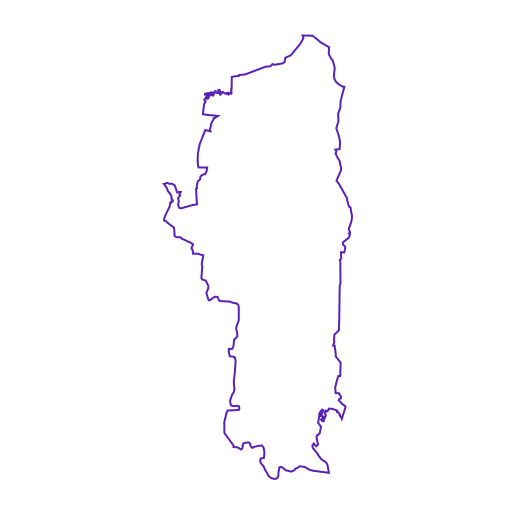 the district of As-Suqaylabiyah, Hamah, Syria, rotated 182°
{"feature_id": "27442178B45767266881892", "entity_name": "As-Suqaylabiyah", "entity_type": "district", "adm_level": 2, "iso_a3": "SYR", "parent_name": "Syria", "parent_adm1": "Hamah", "projection": "equal_earth", "projection_center": [36.361, 35.476], "detail": "fine", "context": "isolated", "style": "outline", "palette": "violet", "viewbox_px": 512, "rotation_deg": 182, "n_neighbors": 0, "source": "geoboundaries", "source_scale": "gbopen_adm2", "svg_char_len": 6012}
<svg xmlns="http://www.w3.org/2000/svg" viewBox="0 0 512 512"><g transform="rotate(182 256 256)"><path d="M271.8,64.3L267.5,64.1L264.3,62.1L263.2,63.0L262.6,64.5L262.8,66.2L262.2,68.2L260.8,68.8L256.9,69.5L255.3,68.3L255.2,67.1L254.5,65.5L252.9,64.1L251.5,65.0L248.0,66.1L243.7,66.9L242.4,65.7L241.6,64.2L240.7,59.8L241.0,54.5L244.3,53.8L244.7,51.5L243.7,48.9L240.9,45.8L239.8,43.3L235.9,36.9L233.3,34.7L230.3,33.9L228.5,33.9L226.6,35.4L226.0,37.5L226.0,40.4L225.2,45.8L223.7,46.2L220.7,44.5L218.5,42.7L217.1,42.6L213.3,41.7L212.1,42.5L211.2,42.7L210.2,43.2L209.3,44.8L206.9,45.8L204.7,47.5L199.6,46.7L194.8,44.1L191.6,43.4L175.6,41.9L177.3,49.8L178.7,52.1L183.9,55.4L185.3,57.3L187.2,59.3L187.3,60.3L192.7,66.4L193.0,68.5L191.7,70.6L189.4,67.9L188.7,68.3L187.4,70.1L188.5,73.6L188.5,74.2L188.9,74.8L188.8,76.1L189.3,77.8L189.0,78.7L188.1,79.2L187.8,79.2L187.4,79.9L186.1,81.2L185.1,87.6L188.1,91.5L187.2,98.3L187.3,100.5L185.5,103.8L184.1,104.8L183.5,103.8L183.9,103.1L184.2,101.5L184.9,101.0L185.1,100.3L185.4,100.2L185.4,100.3L185.8,100.7L186.1,100.6L185.9,99.5L186.3,99.4L186.1,98.4L185.8,98.3L185.1,99.0L184.2,98.8L184.3,98.4L184.1,97.7L183.7,96.7L183.2,95.7L183.4,95.3L184.2,95.1L184.6,95.5L185.3,95.0L183.9,93.2L182.5,93.3L182.4,94.4L183.4,97.6L182.4,97.6L182.1,96.1L181.7,96.2L181.4,97.3L181.1,97.8L180.6,99.2L180.7,99.7L181.6,100.6L181.8,101.8L181.3,103.7L180.9,104.0L180.5,103.9L180.5,103.5L180.1,103.3L179.9,103.0L178.4,104.2L177.8,106.0L174.8,106.0L169.6,104.4L169.7,104.2L169.5,103.9L169.7,103.2L169.5,102.8L168.9,102.7L168.7,102.5L168.1,102.5L167.3,101.2L166.4,100.4L166.8,99.7L164.6,96.6L164.5,96.3L161.4,107.6L161.4,108.9L164.3,110.9L168.2,114.5L168.0,115.7L167.1,116.4L166.2,116.7L166.3,118.6L167.4,120.1L167.9,121.1L167.9,121.3L168.1,121.4L168.3,121.7L171.6,121.8L172.3,127.4L170.5,135.7L169.4,139.0L167.6,139.0L167.7,152.4L172.8,158.4L172.9,161.2L174.3,169.1L175.8,169.2L175.4,170.9L174.7,172.3L175.1,175.6L174.9,180.1L170.6,184.6L170.6,195.0L171.3,229.2L170.6,231.4L171.5,252.5L171.9,255.3L170.7,256.4L171.2,262.7L168.0,262.6L167.2,266.2L167.2,268.6L168.6,269.6L169.5,271.0L169.6,272.6L163.7,277.7L162.8,281.3L163.9,281.9L162.8,283.2L164.0,285.3L164.2,287.5L163.4,288.7L161.9,293.9L161.5,296.9L161.5,300.0L162.2,302.3L162.8,305.2L163.0,306.9L163.4,307.9L164.5,308.3L165.6,311.0L166.8,314.9L167.0,316.8L175.5,330.8L178.2,334.0L174.0,344.8L174.1,347.4L175.1,350.5L175.5,353.3L178.9,358.8L179.5,360.4L180.1,361.4L179.4,362.8L179.5,363.6L180.4,365.1L176.2,365.7L175.9,372.7L177.3,378.6L180.2,386.5L178.3,393.7L178.9,401.2L176.9,406.9L176.9,413.2L175.8,418.7L173.6,428.2L175.6,428.4L179.5,430.6L182.4,433.2L184.0,436.1L184.4,439.8L183.9,446.4L184.8,450.2L186.4,454.5L187.7,455.8L189.7,459.1L190.4,460.9L190.3,462.7L190.3,467.2L198.7,471.7L207.0,478.1L217.2,478.0L216.2,475.4L219.2,469.6L228.1,457.9L233.6,455.1L234.1,451.0L235.8,449.5L244.4,447.7L244.5,447.9L246.2,448.4L248.2,446.1L253.4,445.4L272.9,437.2L276.8,436.5L279.1,436.3L279.2,435.5L286.4,434.2L286.2,422.4L286.6,422.1L286.5,421.7L286.6,421.0L286.3,420.0L286.4,419.8L286.4,419.3L286.5,419.3L286.1,418.0L286.4,417.5L287.1,418.3L287.4,418.2L288.5,416.8L288.8,416.6L289.3,418.1L289.5,418.2L290.1,416.9L290.2,416.7L290.4,416.7L291.0,417.8L291.4,417.8L292.5,417.2L294.0,418.1L294.7,418.8L295.3,418.7L296.0,417.4L297.1,415.9L297.4,415.9L297.6,416.1L297.5,418.8L297.6,419.3L297.9,420.2L298.2,420.6L299.7,420.1L299.0,419.0L299.0,417.6L300.8,417.6L302.2,419.4L302.7,419.3L303.1,417.5L304.4,415.2L304.9,416.3L304.4,417.3L304.5,417.8L306.7,418.0L307.0,417.5L306.0,416.2L306.2,415.1L306.9,415.0L307.6,415.6L307.2,417.4L307.4,417.5L310.0,417.0L309.6,416.6L308.6,414.3L308.7,412.6L309.3,411.8L310.2,411.4L310.5,411.5L309.9,414.2L309.8,414.7L310.9,416.1L311.6,416.3L312.6,416.3L312.6,415.6L310.8,415.3L310.6,414.9L312.0,411.5L312.8,411.2L313.0,409.6L311.8,409.0L312.3,407.3L313.3,405.5L314.0,395.9L307.5,395.1L302.9,395.0L298.9,394.6L301.2,393.1L302.1,392.3L302.9,392.4L303.2,391.8L303.7,390.0L305.1,387.4L306.3,381.3L306.4,380.5L305.9,379.0L311.1,380.1L316.2,365.7L317.7,355.8L317.6,354.8L317.7,353.2L317.6,348.7L317.5,347.6L317.4,347.2L317.0,343.8L316.4,342.5L310.2,342.6L307.9,342.8L307.9,341.5L308.2,340.1L308.4,338.8L309.1,337.2L309.9,336.0L310.3,336.2L311.4,335.7L313.7,334.2L314.3,333.2L314.5,332.4L314.5,330.7L315.8,329.5L317.0,328.0L317.2,326.3L317.5,324.9L317.6,323.5L317.3,321.8L318.3,321.1L316.8,305.5L321.2,304.7L332.3,301.1L334.2,301.3L335.1,302.7L335.7,305.0L335.1,307.5L335.2,309.1L336.0,311.1L335.4,312.1L334.3,313.0L333.9,314.0L334.7,314.8L333.5,317.4L334.5,317.4L337.1,316.8L338.4,320.5L339.1,322.1L339.6,323.7L340.9,324.5L342.3,325.2L345.2,325.2L346.5,325.6L347.3,326.1L348.1,325.8L348.9,325.2L350.6,324.8L347.3,320.6L346.8,319.1L346.1,317.5L343.5,314.7L342.4,311.7L342.6,310.6L342.0,309.8L341.3,309.1L340.9,308.2L341.2,307.4L342.2,307.0L342.5,307.3L343.1,305.9L343.7,306.0L343.7,304.1L344.1,302.3L348.1,293.2L349.2,289.6L348.8,288.0L347.5,288.0L345.4,286.0L341.4,283.1L339.0,281.6L338.4,277.4L338.0,273.1L336.9,272.4L335.3,272.0L333.9,272.1L331.9,271.9L331.1,271.2L330.8,270.7L328.2,269.8L324.5,268.0L323.2,267.6L322.4,267.3L319.4,265.6L319.6,264.3L320.7,262.1L320.6,261.1L320.0,260.6L320.0,260.2L319.4,259.3L318.9,256.0L316.2,256.3L313.8,256.2L311.1,255.3L309.8,255.1L308.7,254.8L308.9,253.0L310.0,246.1L309.3,243.5L309.8,232.1L309.0,230.7L305.4,229.7L302.5,224.3L302.6,221.9L304.3,217.5L303.2,213.9L301.8,210.2L300.5,210.1L296.1,213.8L293.0,213.8L291.4,210.3L290.2,209.7L280.3,209.5L278.0,208.6L273.4,207.8L271.8,206.1L271.4,203.7L271.2,198.3L271.0,191.0L272.6,186.2L273.4,183.2L272.1,178.5L271.9,175.2L273.3,173.0L274.7,172.2L275.1,169.7L275.3,165.3L276.5,162.4L279.9,162.1L279.8,158.7L278.7,154.9L275.4,154.5L273.6,154.0L272.7,150.1L273.1,139.0L273.8,130.3L273.6,127.0L272.9,122.4L273.4,119.2L275.0,116.6L276.7,111.3L276.8,109.4L275.8,105.9L273.4,105.1L269.5,105.7L267.7,105.1L267.3,103.0L268.0,101.5L278.9,100.6L279.9,98.5L281.9,88.8L281.4,78.0L271.9,65.9L271.8,64.3Z" fill="none" stroke="#5b21b6" stroke-width="2"/></g></svg>